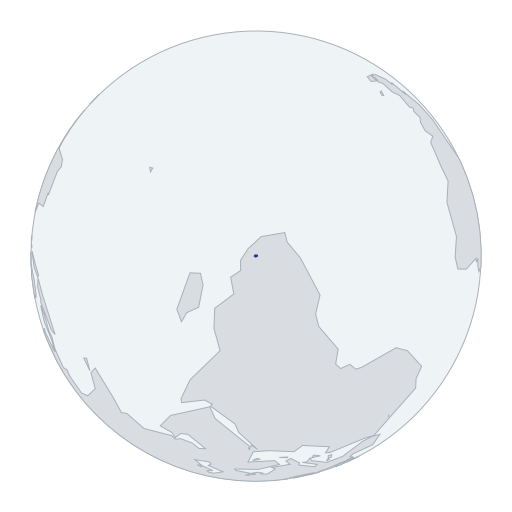 the Earth from above Berea, rotated 175°
{"feature_id": "LSO-1202", "entity_name": "Berea", "entity_type": "District", "adm_level": 1, "iso_a3": "LSO", "parent_name": "Lesotho", "parent_adm1": "", "projection": "orthographic", "projection_center": [27.891, -29.155], "detail": "fine", "context": "on_globe", "style": "filled", "palette": "blue", "viewbox_px": 512, "rotation_deg": 175, "n_neighbors": 0, "source": "natural_earth", "source_scale": "10m", "svg_char_len": 5122}
<svg xmlns="http://www.w3.org/2000/svg" viewBox="0 0 512 512"><g transform="rotate(175 256 256)"><circle cx="256" cy="256" r="225" fill="#eef3f6" stroke="#a8b0b8"/><path d="M32.8,225.3L32.8,226.1L35.3,221.1L35.9,227.0L35.2,233.5L36.9,231.2L37.0,234.6L47.6,224.6L56.0,225.4L57.7,237.6L54.6,257.9L61.1,292.7L58.1,313.9L63.6,328.4L72.1,354.1L69.4,359.9L76.6,366.0L80.5,374.8L80.5,379.7L86.1,386.1L86.4,389.6L90.1,391.0L98.9,403.4L106.0,407.5L114.5,416.8L119.2,418.8L119.3,420.2L121.7,423.0L124.7,424.8L121.6,426.5L111.3,420.7L105.6,415.3L105.6,416.7L92.4,403.5L95.6,407.7L80.0,392.2L68.3,376.5L46.1,337.0L43.8,331.7L38.5,314.5L34.5,297.0L31.9,279.2L30.8,261.2L31.1,243.2L32.8,225.3ZM129.5,424.9L123.2,427.2L125.4,425.4L120.2,419.9L126.0,419.8L129.5,424.9ZM116.9,409.6L114.8,404.8L116.3,404.9L118.1,408.3L116.9,409.6ZM237.4,31.5L238.2,31.4L229.9,32.8L223.0,33.9L221.5,33.4L211.6,35.1L211.9,35.1L237.4,31.5ZM463.3,167.8L463.4,168.0L472.7,194.4L474.1,200.0L473.3,202.7L472.4,198.1L464.7,177.8L466.7,189.7L472.7,208.9L474.8,225.6L471.8,215.4L469.1,200.5L466.3,192.9L464.6,181.7L457.6,161.6L454.2,159.2L452.1,152.8L441.9,134.8L435.8,131.4L427.7,137.8L430.6,154.1L426.0,158.4L410.8,128.0L403.7,111.7L398.4,110.4L382.6,93.9L355.9,84.5L352.0,80.5L347.0,80.6L335.8,75.2L329.7,69.3L323.0,68.4L339.4,84.3L346.5,85.7L352.2,82.1L355.4,87.7L366.2,95.1L355.0,104.6L315.1,109.8L310.9,97.6L279.3,67.3L280.1,64.6L280.0,64.3L279.6,63.8L277.0,68.0L271.4,63.2L288.6,81.8L291.6,90.6L314.5,110.5L312.4,112.1L319.7,117.0L342.9,116.4L343.1,120.5L332.3,138.6L300.0,164.8L304.2,187.5L301.7,207.5L281.4,220.1L283.1,237.1L272.6,242.9L271.8,252.9L263.3,263.9L249.1,274.9L225.2,276.8L223.8,267.2L212.0,250.3L195.6,211.5L201.7,193.0L199.6,180.3L182.3,156.1L186.1,141.3L181.5,136.5L171.9,139.9L166.5,134.5L160.7,135.8L124.4,152.4L113.4,148.5L100.6,131.6L107.2,119.9L108.5,110.5L154.2,67.0L163.8,65.0L199.5,53.8L204.0,53.9L199.5,59.6L226.2,63.2L235.1,57.7L259.4,60.9L275.8,61.2L282.0,51.4L255.2,50.5L250.8,46.3L272.4,43.2L295.8,45.7L294.9,44.2L280.2,39.9L285.8,38.4L275.2,38.5L279.3,40.0L272.8,40.4L268.6,39.2L270.7,38.5L263.7,37.8L255.4,42.1L258.7,44.0L240.2,45.5L244.0,49.1L238.9,51.3L230.6,46.0L231.6,44.0L216.0,41.0L213.3,43.1L227.9,46.4L223.2,46.4L219.7,50.2L218.7,47.4L203.6,44.2L187.0,48.9L165.6,62.3L156.0,66.2L148.1,67.6L156.2,57.9L176.8,50.4L179.9,47.8L176.1,47.1L182.7,45.2L183.6,44.3L191.4,42.1L202.7,38.1L210.7,36.4L215.5,34.6L220.2,33.7L216.0,34.8L217.4,35.1L237.2,32.8L241.2,32.2L242.7,31.5L247.9,31.3L246.8,31.0L258.4,30.8L244.0,31.0L260.2,30.8L276.4,31.6L292.4,33.7L308.3,36.9L323.9,41.2L339.2,46.6L354.0,53.1L368.3,60.7L382.0,69.3L395.1,78.8L407.5,89.3L419.1,100.6L429.8,112.7L439.7,125.5L448.5,139.1L456.4,153.2L463.3,167.8ZM138.4,83.9L137.2,86.6L138.4,83.9ZM320.9,55.0L334.7,58.5L328.1,52.1L332.8,53.1L328.8,50.8L327.5,51.6L317.6,46.0L323.4,46.3L321.5,44.5L316.7,43.3L307.7,43.9L321.8,51.5L318.8,52.8L320.9,55.0ZM181.3,43.5L183.8,42.7L180.6,44.0L170.5,47.8L175.0,45.8L181.3,43.5ZM194.5,39.3L191.1,40.3L195.8,39.8L193.3,41.0L176.0,46.4L183.0,43.7L180.1,44.4L188.1,41.5L188.9,40.9L194.5,39.3ZM209.2,51.3L212.6,51.0L218.1,50.0L216.0,52.7L209.2,51.3ZM198.6,49.0L201.7,48.2L201.4,50.9L197.8,51.5L198.6,49.0ZM203.7,45.7L201.9,47.9L200.8,47.1L203.7,45.7ZM219.0,34.3L222.4,33.7L222.6,33.8L220.6,34.4L219.0,34.3ZM277.3,52.7L272.5,54.3L270.0,53.3L272.2,52.9L277.3,52.7ZM242.6,52.3L250.4,53.3L242.0,53.0L242.6,52.3ZM353.8,348.9L354.2,353.6L351.2,352.6L353.8,348.9ZM339.5,209.9L323.2,245.0L312.8,243.6L311.3,231.8L317.6,209.9L329.9,205.6L336.0,197.0L339.5,209.9ZM478.1,290.7L477.6,295.5L477.4,296.3L478.1,290.7ZM478.8,283.4L478.6,288.1L478.4,284.7L478.8,283.4ZM477.9,294.8L478.5,290.0L478.3,292.7L478.2,293.0L477.9,294.8ZM478.7,280.5L476.1,264.4L474.3,255.8L475.3,253.8L478.1,264.6L478.7,280.5ZM475.1,253.2L471.8,234.5L463.0,195.2L466.3,199.9L474.5,229.0L474.1,231.1L476.2,244.1L475.1,253.2ZM481.3,256.5L481.1,258.6L480.6,266.4L479.7,256.8L479.0,251.4L478.5,237.5L478.8,233.4L479.6,236.8L480.1,232.9L481.3,256.5ZM431.5,156.2L436.5,169.3L433.7,169.0L431.5,156.2ZM400.6,428.8L398.2,430.7L400.0,429.1L408.4,421.9L405.4,424.6L400.6,428.8ZM414.2,416.4L419.7,410.6L430.3,398.6L430.0,398.7L433.8,394.3L431.6,396.5L438.0,388.1L442.8,380.5L440.4,369.2L442.1,362.0L446.5,357.5L457.6,334.8L457.6,336.9L463.6,323.9L467.8,327.6L472.3,318.8L472.1,319.7L466.9,335.2L460.7,350.2L453.3,364.7L445.0,378.7L435.6,392.0L425.3,404.6L414.2,416.4ZM476.6,301.5L476.7,301.4L476.6,301.5ZM480.2,277.5L480.0,279.8L480.2,277.3L481.0,267.3L481.1,265.2L480.2,277.5Z" fill="#d9dde1" stroke="#a8b0b8" stroke-width="1"/><path d="M254.7,256.5L254.7,256.4L254.8,256.4L254.7,256.3L254.7,256.2L254.8,256.2L255.0,255.9L255.1,255.7L255.3,255.7L255.5,255.6L255.8,255.5L256.0,255.6L256.2,255.4L256.3,255.3L256.3,255.2L256.5,255.2L256.6,255.3L256.7,255.5L256.8,255.5L257.0,255.6L257.1,255.8L257.3,255.9L257.2,256.0L257.3,256.1L257.4,256.3L257.2,256.6L256.9,256.5L256.7,256.7L256.6,256.8L256.5,256.7L256.4,256.5L256.4,256.4L256.4,256.5L256.2,256.6L255.9,256.7L255.7,256.6L255.4,256.7L255.2,256.6L254.9,256.7L254.7,256.5L254.7,256.5Z" fill="#3b82f6" stroke="#1e3a8a" stroke-width="1.5"/></g></svg>